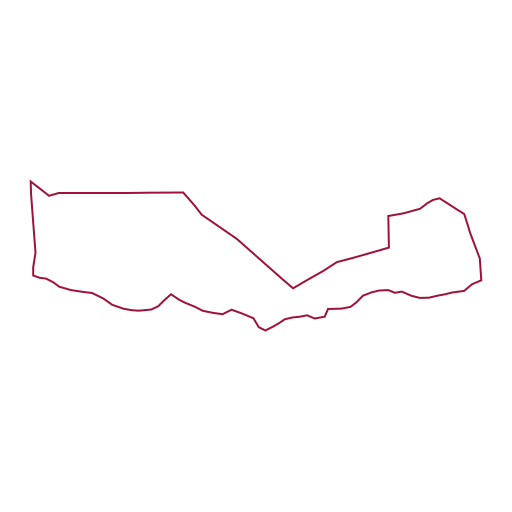 the district of Muritiba, Bahia, Brazil
{"feature_id": "56859067B73294904246727", "entity_name": "Muritiba", "entity_type": "district", "adm_level": 2, "iso_a3": "BRA", "parent_name": "Brazil", "parent_adm1": "Bahia", "projection": "orthographic", "projection_center": [-39.074, -12.621], "detail": "fine", "context": "isolated", "style": "outline", "palette": "rose", "viewbox_px": 512, "rotation_deg": 0, "n_neighbors": 0, "source": "geoboundaries", "source_scale": "gbopen_adm2", "svg_char_len": 1177}
<svg xmlns="http://www.w3.org/2000/svg" viewBox="0 0 512 512"><path d="M33.2,275.5L39.7,277.8L46.1,278.6L53.3,282.3L59.2,286.7L71.1,290.1L83.0,291.9L92.1,293.0L103.3,298.5L112.2,304.8L123.5,308.7L131.7,310.2L138.9,310.7L151.3,309.5L158.3,306.2L164.2,300.3L171.0,294.3L178.8,299.5L184.7,302.6L194.6,306.6L202.8,310.8L213.1,312.9L222.6,314.2L231.5,309.7L241.5,313.3L253.4,318.2L258.8,327.2L265.3,330.5L273.3,326.5L279.1,323.1L284.9,319.2L292.8,317.4L299.9,316.7L307.1,315.3L314.7,318.5L324.7,316.7L328.0,309.0L341.7,308.6L350.5,306.9L356.8,302.0L362.9,295.7L371.7,292.3L379.3,290.5L388.2,290.1L395.0,292.8L401.8,291.6L411.2,295.7L419.7,297.9L428.9,297.7L437.4,295.7L445.0,294.3L452.2,292.5L464.1,290.9L472.1,284.2L481.3,280.3L479.8,258.5L470.0,232.6L467.3,223.6L464.2,214.0L458.6,210.5L439.6,198.3L433.1,199.9L427.3,203.2L420.0,208.8L403.6,213.3L388.3,216.0L388.9,247.6L353.3,257.8L336.9,262.1L322.8,271.2L308.1,279.5L293.1,288.3L282.1,278.9L236.7,238.8L201.8,214.8L194.3,205.2L183.2,192.5L148.4,192.7L127.9,193.0L96.7,193.0L76.6,193.0L58.7,193.0L49.1,195.8L30.7,181.5L31.0,193.0L32.1,208.0L35.5,252.7L33.2,267.3L33.2,275.5Z" fill="none" stroke="#9f1239" stroke-width="2"/></svg>